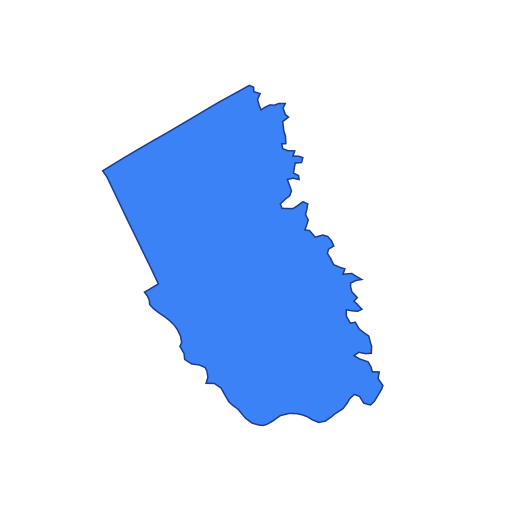 outline of Quinta do Sol, Paraná, Brazil, rotated 120°
{"feature_id": "56859067B56550779588971", "entity_name": "Quinta do Sol", "entity_type": "district", "adm_level": 2, "iso_a3": "BRA", "parent_name": "Brazil", "parent_adm1": "Paraná", "projection": "robinson", "projection_center": [-52.151, -23.826], "detail": "fine", "context": "isolated", "style": "filled", "palette": "blue", "viewbox_px": 512, "rotation_deg": 120, "n_neighbors": 0, "source": "geoboundaries", "source_scale": "gbopen_adm2", "svg_char_len": 2130}
<svg xmlns="http://www.w3.org/2000/svg" viewBox="0 0 512 512"><g transform="rotate(120 256 256)"><path d="M111.6,347.1L131.7,359.2L140.7,364.7L161.8,376.6L190.5,392.8L196.8,396.4L207.4,402.7L228.1,414.5L238.3,420.2L258.9,431.4L262.1,424.6L284.9,391.4L287.5,387.7L317.5,343.2L320.3,339.1L329.0,326.6L343.1,334.5L345.1,329.7L347.7,326.3L351.2,323.8L352.8,318.6L353.8,311.5L354.3,304.0L355.2,298.2L356.9,291.8L359.2,287.0L363.1,281.3L368.3,277.0L372.3,276.7L376.4,269.6L381.3,266.0L381.6,257.6L378.7,250.5L378.0,244.3L380.3,240.9L385.1,237.0L391.2,235.6L387.2,228.3L387.8,220.3L393.1,211.4L395.9,206.4L396.9,201.9L397.7,194.9L401.7,184.0L402.7,176.0L401.0,169.1L399.1,165.0L396.3,162.4L390.8,159.1L382.0,155.1L375.6,148.4L372.1,141.8L370.3,136.0L369.5,130.8L369.7,125.5L368.8,118.4L364.3,113.4L357.5,110.2L353.6,108.9L344.6,104.3L337.9,103.5L332.6,103.5L326.7,101.6L325.8,96.1L329.6,89.2L327.8,82.4L322.5,80.8L308.5,80.6L304.8,81.3L301.1,89.0L294.8,91.3L298.1,97.4L294.6,100.9L291.6,106.0L293.4,114.9L293.2,121.3L287.9,118.7L285.9,112.5L282.6,107.5L276.3,110.8L273.7,113.7L269.0,118.2L268.4,124.9L267.6,130.2L263.7,136.9L267.0,140.7L262.9,147.7L257.5,150.9L255.6,145.8L253.1,140.4L249.2,137.6L247.3,143.8L246.2,148.6L241.4,147.5L239.1,155.0L235.5,158.6L232.1,160.5L227.1,157.1L223.5,152.7L223.5,159.5L223.3,164.4L228.3,171.6L222.7,172.6L223.9,177.9L224.7,184.5L221.0,189.8L218.0,195.5L213.7,196.6L208.5,193.6L205.2,198.0L203.2,203.7L204.5,208.7L210.1,214.2L207.2,222.4L209.0,226.7L204.5,227.4L198.6,228.8L195.4,233.8L190.5,235.2L185.0,237.2L185.5,242.5L192.3,245.5L196.3,247.5L198.3,250.9L201.7,257.3L198.8,261.0L191.4,258.8L187.0,256.9L182.0,257.8L178.3,262.0L174.1,267.1L170.2,262.9L168.2,256.9L165.1,259.4L165.4,265.1L155.9,268.5L152.3,263.3L147.4,264.6L148.2,268.8L151.0,274.0L145.6,275.0L148.8,280.8L149.7,286.5L146.0,289.8L143.8,286.3L137.4,290.4L133.6,294.6L130.6,296.8L126.2,300.1L119.5,297.3L118.7,301.5L114.4,306.5L109.3,306.9L112.4,312.4L116.3,315.6L118.2,319.5L122.4,322.4L127.0,324.7L124.1,328.4L119.7,332.9L113.3,333.6L114.8,340.0L111.0,342.5L111.6,347.1Z" fill="#3b82f6" stroke="#1e3a8a" stroke-width="1.5"/></g></svg>